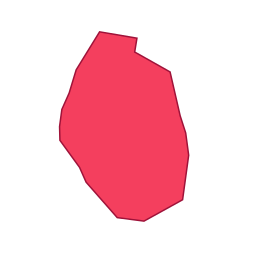 outline of Juršinci, rotated 317°
{"feature_id": "SVN-1042", "entity_name": "Juršinci", "entity_type": "Municipality", "adm_level": 1, "iso_a3": "SVN", "parent_name": "Slovenia", "parent_adm1": "", "projection": "equal_earth", "projection_center": [15.978, 46.485], "detail": "fine", "context": "isolated", "style": "filled", "palette": "rose", "viewbox_px": 256, "rotation_deg": 317, "n_neighbors": 0, "source": "natural_earth", "source_scale": "10m", "svg_char_len": 371}
<svg xmlns="http://www.w3.org/2000/svg" viewBox="0 0 256 256"><g transform="rotate(317 128 128)"><path d="M65.7,123.8L69.8,90.6L78.9,80.3L92.3,69.3L108.8,62.3L129.8,50.1L172.8,38.3L195.8,68.4L184.7,77.0L197.0,115.7L174.5,154.6L166.8,171.0L153.8,189.3L119.0,217.7L76.2,207.0L59.0,186.2L60.4,139.1L65.7,123.8Z" fill="#f43f5e" stroke="#9f1239" stroke-width="1.5"/></g></svg>